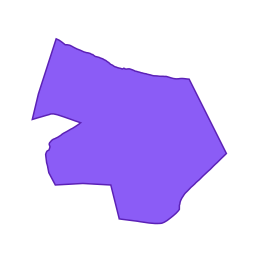 outline of Bruceville/Shanty Town, Vieux Fort, Saint Lucia, rotated 261°
{"feature_id": "8701671B31536824051324", "entity_name": "Bruceville/Shanty Town", "entity_type": "district", "adm_level": 2, "iso_a3": "LCA", "parent_name": "Saint Lucia", "parent_adm1": "Vieux Fort", "projection": "robinson", "projection_center": [-60.948, 13.726], "detail": "fine", "context": "isolated", "style": "filled", "palette": "violet", "viewbox_px": 256, "rotation_deg": 261, "n_neighbors": 0, "source": "geoboundaries", "source_scale": "gbopen_adm2", "svg_char_len": 2893}
<svg xmlns="http://www.w3.org/2000/svg" viewBox="0 0 256 256"><g transform="rotate(261 128 128)"><path d="M33.7,124.9L30.9,133.9L29.5,139.5L29.2,141.3L29.0,142.6L28.8,144.4L28.7,145.5L28.7,146.6L28.9,147.5L29.3,149.1L29.8,150.4L30.5,152.1L31.5,154.0L32.7,156.2L34.3,159.0L36.4,162.3L38.3,164.7L39.6,166.0L43.7,166.7L44.8,167.3L46.4,167.8L47.8,168.5L48.9,169.2L50.0,170.0L50.9,170.7L51.6,171.4L52.4,172.1L53.3,172.9L54.3,173.9L55.1,174.9L56.0,176.2L56.8,177.3L57.8,178.6L58.3,179.3L59.4,180.7L60.0,181.6L60.8,182.9L61.6,184.1L62.4,185.3L63.3,186.4L64.6,188.4L65.6,190.1L66.9,191.9L67.8,193.1L69.1,194.9L72.8,200.4L74.4,202.9L75.9,204.9L77.1,206.5L78.7,208.8L79.8,210.5L81.1,212.3L83.2,215.2L84.8,217.5L86.2,219.5L87.4,221.2L166.7,196.0L167.1,194.3L168.0,191.2L168.5,189.0L168.7,187.2L168.7,185.8L169.0,183.2L169.6,181.2L169.9,180.3L170.9,178.1L172.0,175.9L172.9,174.0L173.0,173.6L173.2,172.2L173.4,171.2L173.6,170.9L173.7,169.9L174.1,167.6L174.8,165.1L175.1,163.8L175.5,161.8L175.7,161.2L176.0,160.4L176.9,158.5L177.7,156.5L178.2,155.3L178.7,154.4L179.1,153.1L179.6,151.8L179.9,151.2L180.2,150.6L180.5,149.7L180.8,149.1L181.2,148.4L181.9,146.7L182.6,145.3L183.1,143.9L183.8,143.0L184.8,141.4L185.2,140.6L185.6,139.9L186.1,138.9L186.3,138.1L186.4,137.0L186.4,135.6L186.6,134.8L186.8,134.3L187.2,134.1L187.4,133.7L187.7,133.3L187.4,132.5L187.2,131.7L187.5,130.9L188.0,130.2L188.2,129.6L188.6,128.5L189.3,127.0L190.1,125.7L190.3,125.1L190.7,124.4L191.1,123.9L192.4,122.6L192.7,122.2L193.6,120.8L195.1,119.6L195.7,119.2L196.4,118.3L197.1,117.6L198.2,116.6L199.2,115.1L200.2,114.0L201.5,111.6L202.3,110.4L202.9,109.0L203.3,108.1L203.6,107.3L203.8,106.8L204.3,106.3L205.4,105.2L206.1,104.7L206.3,103.8L206.5,103.5L207.1,102.9L207.6,102.2L208.5,100.2L208.9,98.8L209.2,98.2L210.1,96.3L211.5,94.2L212.3,93.0L213.0,91.8L214.1,89.9L214.6,89.2L215.8,87.5L217.6,85.2L218.8,83.5L219.6,81.3L219.8,80.5L220.0,79.0L220.6,78.5L222.7,76.6L224.1,75.2L225.6,73.6L227.3,71.0L175.6,44.8L151.4,34.8L152.3,41.5L152.5,43.3L152.9,46.4L153.3,49.5L153.6,52.3L153.9,53.7L153.9,54.3L153.6,56.6L152.3,59.9L152.0,60.6L148.7,67.0L145.5,72.9L143.4,76.7L141.9,79.6L140.6,82.0L140.4,81.6L139.4,80.0L138.8,78.7L137.6,76.1L136.8,74.2L136.2,72.8L136.0,71.9L135.7,71.1L135.0,69.3L134.7,68.5L134.5,68.0L134.2,67.3L134.0,66.6L133.4,65.1L133.3,64.5L132.9,63.6L132.3,62.1L131.3,60.5L129.8,57.0L129.5,55.9L129.4,55.6L129.2,54.9L128.9,54.1L128.8,53.5L128.6,52.5L128.0,51.2L127.7,50.6L126.7,49.5L125.7,48.3L125.2,48.0L124.9,47.8L124.0,47.6L123.4,47.7L122.5,47.9L121.8,48.0L121.1,47.8L120.7,47.6L120.3,47.4L119.1,46.8L118.5,46.3L118.4,45.9L118.2,45.2L118.0,44.7L117.5,44.1L117.2,43.9L116.8,43.6L116.6,43.5L115.8,43.0L114.6,42.5L112.3,42.4L106.5,42.2L103.0,42.6L101.8,42.6L96.2,42.8L83.1,47.3L80.3,74.7L74.4,102.1L40.2,105.1L39.6,105.1L39.4,105.9L39.1,106.7L34.4,122.9L33.7,124.9Z" fill="#8b5cf6" stroke="#5b21b6" stroke-width="1.5"/></g></svg>